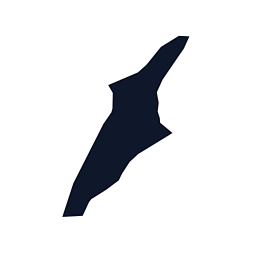 SVG path tracing the border of Komen, rotated 123°
{"feature_id": "SVN-1030", "entity_name": "Komen", "entity_type": "Municipality", "adm_level": 1, "iso_a3": "SVN", "parent_name": "Slovenia", "parent_adm1": "", "projection": "robinson", "projection_center": [13.721, 45.818], "detail": "fine", "context": "isolated", "style": "filled", "palette": "ink", "viewbox_px": 256, "rotation_deg": 123, "n_neighbors": 0, "source": "natural_earth", "source_scale": "10m", "svg_char_len": 518}
<svg xmlns="http://www.w3.org/2000/svg" viewBox="0 0 256 256"><g transform="rotate(123 128 128)"><path d="M28.5,137.3L23.6,135.0L18.9,127.0L30.8,125.2L68.6,126.1L82.7,124.0L90.6,116.6L98.5,112.7L102.9,107.3L106.8,104.4L108.6,89.1L144.0,106.0L155.4,108.9L169.6,108.9L176.8,108.0L191.5,113.4L207.5,120.8L211.3,121.1L226.0,119.0L237.1,134.2L204.0,143.0L137.8,150.1L123.7,149.7L119.7,151.0L106.3,159.3L102.5,166.9L76.2,149.2L65.0,146.2L42.2,143.8L28.5,137.3Z" fill="#0f172a" stroke="#020617" stroke-width="1.5"/></g></svg>